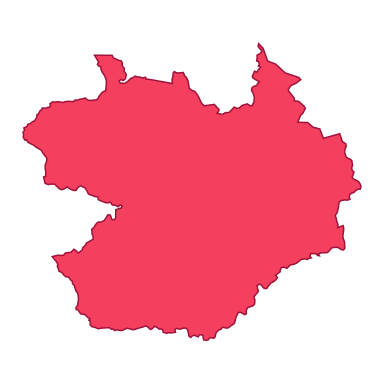 Santa Maria, Rio Grande do Sul, Brazil
{"feature_id": "56859067B70904349952345", "entity_name": "Santa Maria", "entity_type": "district", "adm_level": 2, "iso_a3": "BRA", "parent_name": "Brazil", "parent_adm1": "Rio Grande do Sul", "projection": "robinson", "projection_center": [-53.836, -29.777], "detail": "fine", "context": "isolated", "style": "filled", "palette": "rose", "viewbox_px": 384, "rotation_deg": 0, "n_neighbors": 0, "source": "geoboundaries", "source_scale": "gbopen_adm2", "svg_char_len": 5623}
<svg xmlns="http://www.w3.org/2000/svg" viewBox="0 0 384 384"><path d="M72.6,283.8L74.2,285.3L75.9,291.0L77.3,292.6L78.0,294.6L78.5,298.3L77.7,305.0L76.0,307.5L76.1,309.5L77.9,309.9L79.3,311.9L80.8,313.9L84.9,314.6L88.2,317.8L89.9,318.6L88.8,320.2L90.3,321.2L90.1,324.9L91.9,326.7L94.4,327.2L98.4,328.8L101.1,328.2L103.1,328.0L107.0,327.8L109.3,327.6L111.4,329.3L113.1,329.1L114.8,330.6L116.7,329.7L119.9,330.5L122.0,330.6L124.4,329.4L127.1,328.2L128.8,328.6L133.2,329.8L135.1,329.3L140.0,327.7L142.2,327.3L145.6,325.9L147.2,326.5L150.4,329.5L152.0,328.9L154.7,326.3L157.6,327.8L159.1,329.1L160.8,329.1L162.5,329.5L163.2,332.3L166.4,333.3L168.5,332.7L171.2,332.9L173.5,332.6L175.5,332.3L174.9,329.5L176.9,328.4L179.0,329.1L181.0,329.1L182.5,328.3L184.4,328.0L186.3,328.3L187.5,329.8L188.1,331.9L188.7,334.0L188.8,335.9L190.7,337.5L192.4,335.8L194.7,335.2L196.6,336.4L198.5,336.8L199.0,334.9L201.1,334.8L203.1,335.5L203.1,338.0L203.6,339.8L206.2,340.3L208.3,339.8L209.4,338.1L211.6,337.7L213.9,338.3L215.1,337.0L215.5,335.1L215.9,333.2L217.4,331.3L219.2,329.7L220.9,329.4L222.0,327.8L223.6,327.3L225.8,328.1L228.5,327.8L230.6,326.0L232.7,324.7L234.5,323.2L235.2,320.6L235.8,317.7L238.2,312.5L240.7,312.3L243.1,313.9L244.9,314.7L246.4,313.7L246.2,310.4L247.6,307.7L250.4,306.7L253.3,305.6L254.6,304.0L254.8,302.1L254.8,299.5L253.9,296.8L255.2,295.4L256.4,293.7L258.4,291.4L257.6,288.7L256.9,285.6L259.5,284.1L261.6,285.2L263.3,287.8L265.2,288.7L267.2,288.1L268.2,286.0L269.6,284.7L271.1,282.7L273.0,282.1L274.4,281.1L276.3,279.4L277.4,277.4L275.5,275.4L276.8,274.4L278.4,273.1L280.0,272.0L280.3,269.7L281.4,267.7L283.0,267.2L284.9,267.5L286.8,268.4L290.5,264.8L293.6,264.4L296.7,263.1L301.1,259.5L304.9,258.8L307.2,259.5L308.6,258.5L311.3,257.8L309.9,256.3L310.6,253.7L315.9,253.6L317.5,255.4L319.4,255.8L318.5,253.9L320.9,252.9L327.4,252.6L329.4,250.7L331.5,248.1L333.9,247.4L337.8,247.4L341.4,249.6L343.4,250.0L344.8,248.4L344.6,245.1L344.7,242.5L343.5,239.3L342.8,236.5L343.2,233.6L343.6,230.6L343.7,228.1L343.1,225.6L337.7,227.6L338.0,224.4L337.1,222.4L336.5,220.0L336.1,217.7L335.1,216.0L336.0,214.4L337.4,211.9L338.0,209.2L338.5,207.4L338.6,205.2L339.0,202.6L340.4,200.8L342.8,200.3L344.8,199.9L347.3,200.2L350.0,199.2L349.3,196.8L349.6,194.9L351.5,193.2L353.8,192.6L355.7,190.6L358.4,189.0L360.2,189.2L361.0,186.5L360.0,183.7L358.9,182.0L357.1,180.6L355.1,179.7L353.2,178.9L352.2,177.0L353.2,174.4L354.0,172.1L352.0,170.0L351.7,168.0L352.6,165.1L352.2,163.2L351.9,160.7L350.2,159.1L348.6,158.5L346.4,157.3L345.3,154.7L344.7,152.6L344.9,149.4L346.1,146.5L345.9,143.9L342.4,141.6L339.7,133.7L323.4,138.3L319.8,128.9L313.1,127.2L309.2,123.9L307.7,122.5L297.8,122.3L300.4,115.6L303.0,113.1L305.3,108.4L304.0,106.1L298.9,101.5L297.1,101.1L294.3,100.9L294.2,98.2L292.5,95.9L289.7,92.3L288.4,90.9L288.6,88.9L291.0,85.5L295.7,83.4L300.7,79.7L298.9,77.5L285.0,72.8L275.7,64.1L267.6,61.0L263.0,48.1L258.6,43.7L258.1,46.5L259.2,48.1L262.0,50.9L260.2,53.6L257.0,55.2L257.2,57.5L256.6,61.0L258.6,61.8L259.4,64.4L258.3,66.0L260.6,67.1L258.0,70.2L256.8,72.2L254.6,71.1L252.3,76.3L253.0,78.1L259.4,81.8L257.6,83.5L256.9,85.4L253.6,86.4L251.7,88.2L251.6,90.7L253.0,92.7L254.3,97.3L254.0,101.7L252.0,105.7L250.2,105.7L247.2,103.9L241.8,105.5L239.1,108.1L236.8,108.3L234.2,107.1L229.2,112.4L225.2,112.7L222.8,114.3L220.4,114.1L217.0,113.3L218.4,111.6L219.1,109.7L217.0,107.4L214.3,104.4L204.3,105.8L201.4,103.0L200.3,100.7L199.1,97.7L198.1,96.0L196.5,93.6L194.7,91.2L192.5,90.7L189.3,88.4L188.6,84.5L188.1,81.0L186.4,77.4L184.6,75.7L183.3,72.5L180.4,72.8L177.6,73.0L175.9,72.6L174.4,71.6L173.2,72.8L172.9,76.8L172.0,79.4L172.4,83.5L150.6,79.6L148.3,79.2L146.2,79.3L145.5,77.2L142.5,78.0L139.6,77.0L137.2,76.8L134.8,76.1L133.4,77.5L130.8,78.3L128.5,80.7L126.4,82.3L124.8,83.4L121.9,83.1L120.1,83.0L119.1,81.0L121.0,79.4L122.8,80.5L124.6,79.8L125.6,78.3L126.3,74.4L124.0,70.9L124.3,68.3L122.4,66.1L122.2,62.6L121.0,60.7L118.6,60.4L116.5,59.2L113.5,58.0L112.1,55.3L94.5,55.2L98.5,61.8L97.4,64.4L99.0,66.3L100.8,66.5L100.9,69.0L102.2,72.1L104.2,75.0L105.1,77.1L106.0,79.0L106.3,80.9L106.3,84.7L105.7,90.5L102.9,91.9L101.4,93.2L98.7,96.8L97.8,98.9L95.9,100.0L93.6,100.0L91.6,100.4L89.2,100.4L87.3,99.8L85.4,98.0L83.7,98.4L81.7,99.0L79.9,99.2L78.0,100.0L74.7,100.2L73.5,101.6L68.2,101.3L64.5,101.8L62.9,102.5L58.3,101.7L54.5,102.1L52.8,101.8L49.9,103.7L50.5,105.8L49.3,107.3L47.5,107.4L46.0,108.2L42.3,108.0L41.5,109.7L39.8,111.1L38.7,113.7L37.0,114.7L36.7,117.4L35.6,119.2L34.7,120.8L32.5,121.7L30.1,123.7L27.8,124.4L27.0,126.5L23.8,128.0L24.6,130.0L23.0,132.5L23.6,134.7L23.2,137.2L24.9,140.1L26.5,139.9L28.1,142.4L34.1,145.4L35.9,147.1L41.3,150.2L43.0,153.3L46.9,158.2L46.4,162.1L45.1,165.3L45.3,169.6L45.8,171.9L45.6,176.4L43.6,176.9L45.1,183.4L48.5,184.6L50.7,184.1L54.7,184.1L56.0,185.5L57.5,187.0L59.1,188.6L61.5,189.8L65.3,188.4L67.2,186.9L70.8,189.4L73.8,190.5L76.2,190.4L77.5,187.9L80.5,185.7L84.8,187.8L86.6,190.2L88.5,194.1L95.1,196.6L97.7,196.9L98.3,199.7L100.3,200.6L105.7,202.7L107.6,202.9L110.4,202.2L112.3,205.0L115.5,205.3L118.2,206.8L120.0,205.0L122.0,205.8L121.3,208.1L118.8,208.7L115.8,209.7L115.7,211.8L115.7,217.5L114.7,219.6L112.0,219.6L110.3,215.1L107.9,214.7L104.4,220.4L100.7,222.2L98.6,221.9L97.1,222.9L95.5,224.6L94.5,226.6L93.1,228.1L91.7,229.3L92.0,231.5L92.1,234.4L93.0,236.1L93.2,239.2L86.5,243.0L85.1,245.5L82.6,247.8L82.3,249.9L78.3,253.0L76.5,251.1L73.9,249.2L71.1,252.2L65.3,253.0L63.4,255.4L57.9,255.2L52.2,256.6L56.8,262.2L57.8,264.5L57.3,266.4L58.4,268.8L59.1,271.4L61.6,272.3L64.2,275.5L65.8,276.7L68.7,277.2L70.5,279.9L72.2,281.1L72.6,283.8Z" fill="#f43f5e" stroke="#9f1239" stroke-width="1.5"/></svg>